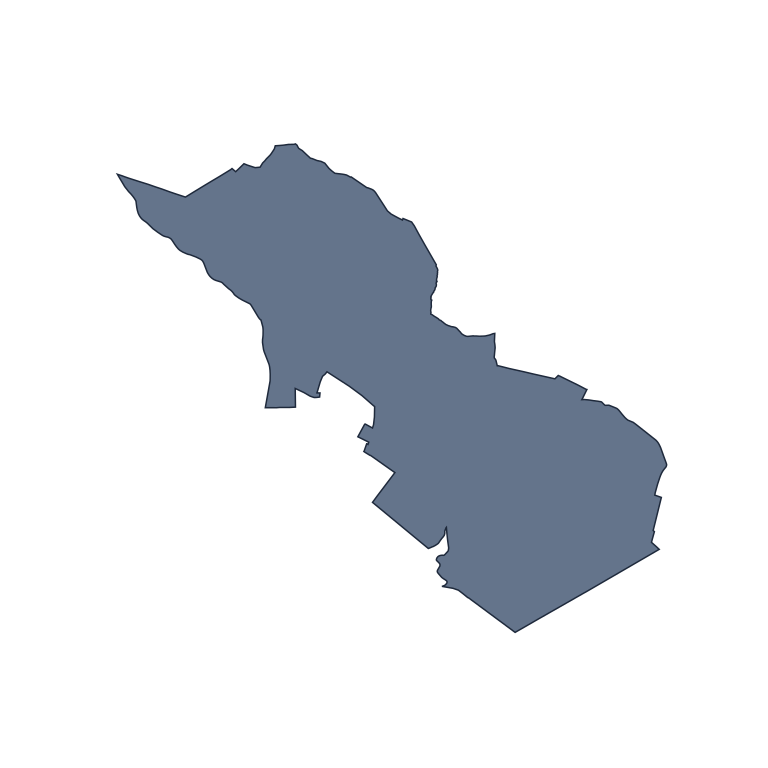 outline of Foieni, Satu Mare, Romania, rotated 11°
{"feature_id": "2599482B43707290171082", "entity_name": "Foieni", "entity_type": "district", "adm_level": 2, "iso_a3": "ROU", "parent_name": "Romania", "parent_adm1": "Satu Mare", "projection": "albers", "projection_center": [22.347, 47.703], "detail": "fine", "context": "isolated", "style": "filled", "palette": "slate", "viewbox_px": 768, "rotation_deg": 11, "n_neighbors": 0, "source": "geoboundaries", "source_scale": "gbopen_adm2", "svg_char_len": 6108}
<svg xmlns="http://www.w3.org/2000/svg" viewBox="0 0 768 768"><g transform="rotate(11 384 384)"><path d="M579.5,586.0L619.8,551.3L622.2,549.3L685.7,493.8L682.4,491.7L676.8,488.4L677.0,484.9L677.6,477.3L676.2,476.5L676.2,476.2L677.9,442.4L671.0,441.4L671.0,438.7L671.7,429.9L672.6,423.0L673.0,420.7L673.6,418.2L674.5,415.7L675.3,414.1L676.6,411.7L676.8,410.8L676.9,409.8L676.8,409.1L675.9,407.4L674.2,404.6L672.5,401.8L670.8,398.9L667.7,393.7L666.1,391.5L664.6,389.7L663.3,388.5L661.7,387.3L639.3,375.7L636.0,374.1L630.2,372.9L628.7,372.1L626.8,370.9L623.4,368.2L620.7,365.9L619.2,364.7L617.7,363.8L617.0,363.5L614.1,362.9L608.8,361.9L605.4,362.7L604.7,362.6L602.9,361.4L601.0,360.1L600.8,360.1L600.0,360.0L597.0,360.1L592.7,360.4L589.7,360.5L587.8,360.6L583.7,361.0L581.2,361.6L581.7,360.0L584.2,350.7L583.8,350.7L583.2,350.6L574.9,348.1L556.0,343.0L555.1,342.7L554.0,342.6L553.8,342.6L553.4,342.4L550.8,346.3L528.9,345.7L518.8,345.3L503.9,344.9L497.0,344.5L494.8,344.4L492.5,344.3L491.7,344.5L489.6,339.9L489.1,339.0L488.4,338.3L487.4,337.5L487.2,336.9L487.0,336.4L486.9,334.7L486.6,331.9L486.2,327.4L485.8,325.8L485.3,324.1L484.3,321.3L483.7,317.2L483.1,313.2L482.3,313.5L481.5,313.8L479.7,314.9L478.9,315.4L478.0,315.9L475.9,316.8L474.1,317.6L472.8,317.9L471.2,318.3L468.5,318.9L465.3,319.3L463.3,319.7L462.6,319.7L461.8,319.9L457.1,321.3L455.7,321.4L454.0,321.1L452.6,320.7L450.7,319.9L449.6,319.0L449.1,318.5L447.9,317.7L444.9,315.5L444.3,315.2L443.0,314.8L442.9,314.8L440.7,314.7L440.4,314.7L440.1,314.8L438.8,314.8L437.0,314.5L435.8,314.4L434.4,314.0L433.4,313.8L430.6,312.4L430.0,312.0L428.8,311.5L427.7,310.8L427.2,310.7L426.3,310.6L426.0,310.5L425.2,309.8L424.4,309.4L422.4,308.6L421.2,308.2L419.5,307.5L418.0,306.8L417.3,306.6L416.6,306.5L416.5,306.3L416.4,305.7L416.5,304.9L416.0,303.6L415.8,303.0L415.7,301.9L415.7,300.6L415.7,299.8L415.8,299.5L415.6,298.4L415.1,296.5L414.8,294.8L414.7,293.6L414.9,292.8L414.9,292.5L414.7,292.4L414.1,292.3L413.8,291.9L413.6,291.1L413.6,290.9L413.8,290.6L413.5,290.4L413.5,289.6L413.3,289.3L413.4,289.1L413.6,288.8L413.6,288.0L413.9,287.4L414.2,286.5L414.8,285.0L415.1,284.6L415.2,284.4L415.1,284.2L415.2,283.6L415.3,283.3L415.9,281.9L416.0,281.0L415.9,279.8L416.5,278.4L416.6,277.6L416.5,276.7L416.4,276.2L415.9,275.2L415.9,274.9L416.0,274.4L416.4,273.6L416.5,273.2L416.4,273.1L415.9,273.1L415.8,272.7L415.9,272.1L415.7,271.6L415.6,271.2L415.6,270.7L415.7,269.3L415.8,268.6L415.5,267.8L415.4,267.4L415.5,267.0L415.6,266.6L415.5,266.0L415.3,265.4L415.4,264.7L415.0,263.4L415.1,262.2L414.8,261.3L414.1,260.2L412.5,258.3L412.6,257.0L397.1,239.1L389.7,230.4L383.6,223.0L380.2,219.7L371.1,217.9L370.8,219.5L366.7,218.4L362.2,217.0L358.5,215.8L354.3,213.4L350.4,209.3L339.2,197.7L338.0,196.7L336.6,195.8L334.8,195.2L330.8,194.5L329.6,194.5L312.3,187.0L311.6,187.3L307.4,186.0L304.9,185.9L302.4,186.0L296.1,186.5L295.5,186.5L292.3,184.9L289.9,183.5L288.8,182.8L284.2,178.9L283.7,178.5L279.8,177.5L275.5,177.4L270.9,176.5L270.1,176.4L268.7,176.4L264.0,173.5L259.3,170.5L255.9,169.2L255.3,168.9L254.8,168.4L253.9,167.3L253.1,166.2L251.3,165.2L249.9,165.9L244.4,167.1L239.8,168.7L235.6,169.9L231.8,170.9L231.5,174.2L229.5,179.1L228.5,181.1L225.6,185.4L224.4,187.7L222.7,190.2L221.0,194.8L216.2,196.2L211.2,195.6L208.1,195.2L204.5,194.5L200.4,200.4L197.9,203.9L193.7,201.5L192.6,202.8L187.8,207.2L183.0,211.6L175.7,218.1L170.6,222.7L164.9,227.9L161.7,230.8L155.5,236.5L153.4,238.4L148.6,237.8L143.8,237.2L137.1,236.3L128.9,235.0L121.9,234.1L114.4,233.0L106.2,232.1L94.3,230.7L90.2,230.1L87.2,229.6L83.9,229.2L82.3,229.0L84.3,231.3L85.8,233.0L87.7,235.1L90.3,238.0L91.8,239.7L92.8,240.6L94.6,242.1L96.5,243.8L99.5,245.9L101.8,247.8L103.5,249.4L104.9,250.9L105.7,252.0L106.4,254.2L107.6,257.8L108.7,260.5L110.2,263.4L111.8,265.5L113.5,267.2L115.1,268.4L116.6,269.2L119.1,270.3L121.0,271.3L127.5,275.6L132.9,278.2L138.1,280.4L140.0,280.9L142.4,281.1L143.8,281.1L145.6,281.5L147.5,282.4L149.6,284.4L151.8,286.7L154.0,288.8L156.5,290.8L158.3,291.8L161.3,292.9L165.2,293.8L167.0,294.1L168.8,294.1L175.2,295.2L179.7,296.4L181.4,297.1L182.6,298.0L184.0,299.7L188.3,306.6L189.4,308.3L191.2,310.3L192.7,311.6L194.7,312.9L196.9,313.9L199.1,314.4L204.5,315.0L206.0,315.5L207.7,316.7L213.3,320.1L215.5,321.1L217.2,322.2L219.0,323.7L219.9,324.7L221.4,325.6L225.1,327.3L228.8,328.6L236.8,330.8L237.6,331.2L238.7,332.2L248.0,342.5L249.3,343.7L250.5,344.5L251.0,344.6L254.2,351.2L254.8,353.2L255.1,354.4L255.9,358.9L256.2,361.4L256.3,363.5L256.8,366.4L259.1,373.0L260.2,375.2L266.5,385.2L267.6,387.0L268.5,389.2L269.5,392.3L270.4,396.0L271.2,400.3L271.6,402.7L272.0,429.9L283.0,427.8L286.2,426.9L295.1,425.2L301.5,423.6L297.7,405.3L307.1,407.7L313.7,410.0L315.6,410.3L318.0,410.6L320.3,410.1L323.3,409.1L322.9,405.0L319.9,405.5L321.0,394.1L322.2,388.2L324.5,385.3L325.7,382.9L350.3,392.8L364.6,399.6L378.0,407.4L379.1,407.9L380.9,418.3L381.5,426.0L381.1,429.4L373.6,427.0L373.1,426.9L372.8,427.1L372.6,427.5L368.4,440.8L380.1,444.0L379.8,446.4L378.7,446.0L378.4,446.0L377.3,453.6L377.1,454.1L379.0,454.9L383.8,456.7L384.5,456.7L384.7,456.8L411.6,468.9L399.0,494.6L395.3,502.4L458.9,537.0L461.0,535.7L461.9,535.0L463.4,534.1L465.0,532.8L466.4,531.5L467.6,530.2L468.0,529.5L469.1,526.9L470.2,524.6L471.3,522.7L472.0,521.1L472.2,519.5L472.1,518.3L471.8,517.4L471.8,516.1L472.1,514.5L472.3,513.3L472.6,512.8L474.1,518.1L476.1,524.7L478.8,532.7L478.8,533.6L478.9,535.1L478.8,535.6L478.4,536.4L476.1,540.1L475.8,540.4L475.5,540.7L475.2,540.8L474.1,540.9L472.9,541.2L471.7,541.7L470.5,542.5L469.8,543.3L469.4,544.1L469.1,544.7L469.0,545.3L468.9,546.2L469.0,546.8L469.7,547.5L472.0,549.0L472.8,549.7L473.2,550.1L473.5,550.9L473.6,552.1L472.7,554.7L472.1,556.5L472.0,557.1L472.0,557.7L472.4,558.6L473.3,559.5L477.5,562.8L478.7,563.4L479.8,563.9L481.4,564.5L482.9,565.2L483.4,565.7L483.6,566.1L483.7,566.6L483.7,567.2L483.5,567.9L483.0,568.7L482.5,569.5L481.8,570.2L481.2,570.6L480.4,571.1L479.5,571.6L490.7,571.4L495.7,572.1L496.4,572.2L501.4,574.7L507.0,577.7L507.6,577.7L530.2,588.5L539.0,592.7L543.0,594.6L560.1,602.8L579.5,586.0Z" fill="#64748b" stroke="#1e293b" stroke-width="1.5"/></g></svg>